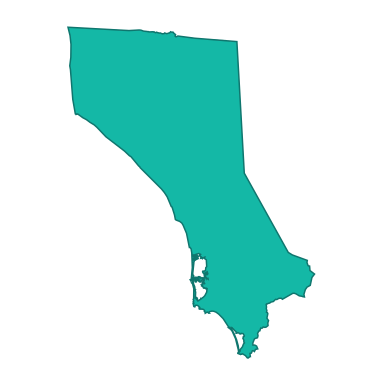 Sveitarfélagið Hornafjörðu, Austurland, Iceland (Albers equal-area conic projection), rotated 89°
{"feature_id": "244011B97448762640394", "entity_name": "Sveitarfélagið Hornafjörðu", "entity_type": "district", "adm_level": 2, "iso_a3": "ISL", "parent_name": "Iceland", "parent_adm1": "Austurland", "projection": "albers", "projection_center": [-15.406, 64.234], "detail": "fine", "context": "isolated", "style": "filled", "palette": "teal", "viewbox_px": 384, "rotation_deg": 89, "n_neighbors": 0, "source": "geoboundaries", "source_scale": "gbopen_adm2", "svg_char_len": 6111}
<svg xmlns="http://www.w3.org/2000/svg" viewBox="0 0 384 384"><g transform="rotate(89 192 192)"><path d="M42.4,144.5L38.3,186.5L35.8,203.4L36.4,204.6L36.5,205.5L35.8,206.2L34.3,205.7L32.9,207.5L32.1,207.8L32.2,208.2L31.8,208.7L31.9,209.5L31.4,210.6L32.6,211.6L32.5,212.0L33.1,213.7L33.2,214.9L32.5,216.5L33.2,217.2L33.3,219.0L32.4,221.1L32.6,222.0L32.2,223.0L32.1,223.9L31.6,224.4L32.1,225.9L31.3,227.0L31.5,227.3L31.1,228.0L31.2,232.2L30.8,233.1L30.9,233.7L30.7,234.4L30.3,237.6L29.3,240.2L29.1,241.9L29.5,252.2L25.1,313.1L33.5,311.2L42.3,310.4L55.3,310.8L63.7,312.0L67.5,311.4L97.2,309.6L111.8,307.3L112.1,306.6L112.4,306.6L112.3,305.8L111.9,305.7L112.1,304.8L115.8,299.9L117.8,296.3L120.6,292.7L123.2,288.6L125.7,285.9L135.3,277.1L149.8,258.9L154.7,253.9L155.6,252.4L165.0,244.9L166.0,243.7L166.7,243.5L188.4,222.5L192.1,219.6L196.4,216.9L206.2,213.0L206.7,212.2L214.6,209.9L219.2,209.1L219.8,208.3L221.2,204.8L222.9,202.7L225.2,201.4L233.2,198.2L247.4,195.6L247.3,195.0L248.8,193.9L252.9,193.3L267.6,193.0L278.4,194.2L279.8,194.9L279.8,195.3L280.7,194.8L279.6,194.6L277.9,193.3L277.1,192.1L276.1,191.6L275.3,192.3L273.6,192.7L263.1,191.4L262.4,191.7L262.0,191.6L262.4,191.5L262.2,191.3L260.6,190.8L260.2,190.0L259.2,191.0L259.7,191.8L258.3,191.7L258.1,191.1L257.7,191.0L256.6,191.2L256.4,191.5L256.4,192.1L255.3,192.1L253.6,186.2L254.7,185.2L254.3,184.9L254.5,184.5L255.8,185.8L256.3,184.8L257.3,184.4L256.9,184.2L257.0,183.8L257.7,183.2L257.8,184.0L258.4,184.3L258.2,183.4L258.8,182.9L258.0,182.5L258.3,181.4L257.5,180.9L257.7,180.7L257.6,180.4L258.6,180.9L260.0,178.9L266.9,178.6L267.8,179.5L270.6,179.9L271.4,181.2L271.2,182.4L271.9,182.8L273.0,182.4L273.5,181.9L273.6,181.1L272.0,178.2L273.1,177.9L274.1,179.0L274.0,179.7L274.3,179.7L274.7,179.3L274.4,177.8L274.7,177.9L275.0,178.5L275.1,179.5L274.4,180.9L274.5,181.4L274.3,181.7L275.5,180.7L275.9,181.2L276.4,181.1L276.3,180.5L276.5,180.1L277.5,179.6L279.0,177.8L278.8,177.5L279.5,177.4L278.3,179.3L278.8,179.4L278.0,179.8L277.3,180.7L278.1,181.4L278.8,181.4L278.0,181.9L278.2,182.3L278.8,182.4L277.9,183.2L278.1,184.1L277.4,184.8L278.4,185.3L276.8,186.1L276.8,186.5L277.2,186.3L277.5,186.8L277.0,187.2L277.5,188.1L277.3,189.6L278.1,189.6L277.9,190.8L278.1,190.9L277.7,191.2L277.9,191.3L277.7,192.0L280.1,190.3L278.5,189.9L279.0,189.5L280.1,190.0L280.2,189.6L279.9,189.3L280.1,188.9L279.8,188.8L280.1,188.2L279.6,188.5L278.7,188.0L279.1,187.6L278.9,187.3L279.2,186.9L279.6,187.1L279.8,186.7L280.3,187.1L279.9,187.8L280.3,187.9L281.1,187.0L280.6,186.6L280.7,186.3L281.3,186.1L281.5,186.6L282.0,186.1L281.7,185.7L281.8,185.4L281.6,185.0L281.8,184.9L280.8,184.4L280.9,183.6L279.1,183.1L279.7,182.1L280.8,181.4L281.0,181.5L280.8,181.9L281.5,182.0L281.8,182.2L281.7,182.5L282.1,182.6L283.0,181.3L283.7,181.0L283.8,181.5L283.3,181.8L282.9,182.9L283.9,182.4L283.8,182.8L284.0,183.1L283.8,183.4L284.7,183.4L284.9,184.0L285.2,183.5L285.8,183.3L286.1,182.5L286.2,183.4L285.8,184.0L286.0,184.1L287.0,182.7L287.7,182.4L287.9,181.9L288.3,182.0L288.4,181.6L288.0,181.2L288.6,180.4L288.3,180.5L288.5,180.0L288.4,179.4L288.8,178.6L292.4,179.1L295.9,181.0L297.7,182.8L297.8,183.4L298.8,184.4L299.0,184.9L298.8,185.1L299.3,185.2L301.1,188.0L300.4,188.5L299.7,188.4L299.7,189.1L299.2,189.5L298.9,188.7L298.3,188.5L297.6,189.3L298.3,190.0L298.0,190.5L292.2,190.1L290.6,190.6L289.8,190.2L289.6,190.6L286.5,191.0L283.9,192.1L281.9,192.1L280.1,193.4L279.8,193.8L280.0,194.1L281.5,193.1L282.6,193.3L282.9,193.9L283.8,193.1L288.7,191.9L298.7,192.2L299.4,192.7L301.0,192.2L301.9,192.8L302.5,192.4L303.5,192.8L303.6,192.4L303.4,192.2L303.7,192.1L304.3,192.6L306.5,192.2L306.9,191.2L305.5,190.6L305.3,190.1L305.4,188.9L306.0,187.7L307.6,186.2L308.6,186.1L308.8,186.4L308.6,186.9L309.1,186.8L309.3,186.2L309.2,184.5L309.4,184.1L309.3,183.4L309.8,182.3L311.0,181.4L311.6,181.7L311.9,181.2L313.5,180.9L312.3,179.0L313.1,177.5L313.4,177.5L313.4,176.8L312.8,177.3L312.0,176.7L311.4,174.1L311.7,172.1L312.6,170.0L314.6,167.4L319.1,163.1L327.7,157.7L328.2,157.1L327.9,156.5L329.1,155.6L329.0,154.9L328.2,154.6L328.4,154.2L329.1,154.1L329.4,153.3L331.4,151.7L332.3,150.4L334.0,150.4L333.9,149.4L333.4,148.7L333.8,147.6L334.6,146.9L334.5,146.4L334.8,146.0L334.7,145.5L334.2,145.2L334.5,143.3L336.7,142.2L337.1,142.3L337.5,143.2L338.5,143.2L339.0,143.7L341.3,142.7L342.9,142.8L343.8,142.2L344.9,143.2L347.7,144.3L350.2,146.4L352.1,146.8L353.0,147.7L346.5,148.5L340.6,150.0L334.4,152.4L330.2,154.6L328.6,156.9L328.6,157.5L330.0,155.7L332.0,154.2L339.5,151.0L350.8,148.4L353.4,148.2L353.7,149.0L354.2,149.0L355.3,146.3L355.0,146.1L355.1,145.1L354.6,144.6L354.8,144.1L356.5,141.4L358.8,139.6L358.6,139.3L358.9,138.6L357.6,137.0L357.6,136.5L354.4,136.9L354.1,135.4L351.9,134.5L351.7,134.0L351.8,133.4L352.6,132.4L350.5,131.3L350.0,129.0L347.2,130.1L346.2,131.8L346.1,133.8L344.0,133.8L340.1,132.2L339.6,131.5L338.9,129.1L336.9,128.5L334.5,128.9L332.2,127.6L332.0,126.6L329.3,125.7L329.4,124.9L329.2,123.9L328.2,123.2L328.6,121.6L328.4,120.3L326.9,118.3L324.3,118.5L321.9,117.7L319.5,119.3L315.0,118.3L314.0,118.7L313.6,119.6L311.8,119.2L309.9,119.8L308.4,119.5L305.7,119.8L305.2,119.4L305.2,118.5L304.7,117.8L304.4,116.2L303.5,115.1L302.9,112.5L300.8,110.4L301.0,109.1L299.8,106.9L299.8,104.5L300.8,103.5L295.1,93.1L295.0,91.6L295.7,89.7L297.7,86.6L298.2,83.9L298.6,83.0L298.9,81.4L296.3,81.9L291.6,80.4L289.1,78.6L287.4,75.4L279.6,73.6L276.2,70.9L272.6,75.4L268.1,75.7L267.9,76.9L267.5,77.3L264.4,78.3L262.4,77.9L256.7,92.7L254.1,96.8L174.1,139.4L42.4,144.5ZM258.4,190.4L259.2,190.0L259.5,189.0L259.1,188.1L258.1,188.8L257.5,190.0L258.4,190.4ZM257.6,188.4L258.7,188.1L259.0,187.4L258.4,186.9L257.4,187.5L257.6,188.4ZM256.4,190.2L256.7,189.6L256.6,189.0L256.0,188.4L255.4,188.7L255.4,189.2L256.4,190.2ZM280.5,192.3L278.9,191.8L279.0,192.2L278.6,192.3L279.4,193.0L280.5,192.3ZM281.9,189.6L280.9,188.8L280.9,189.3L280.5,189.4L280.7,189.7L280.4,189.9L280.5,190.1L281.1,189.9L280.6,190.6L280.8,190.8L282.0,190.0L281.9,189.6ZM256.4,188.2L256.6,187.5L256.5,187.1L255.2,188.2L256.4,188.2ZM257.0,190.7L255.9,190.6L255.5,191.2L257.0,190.7Z" fill="#14b8a6" stroke="#0f766e" stroke-width="1.5"/></g></svg>